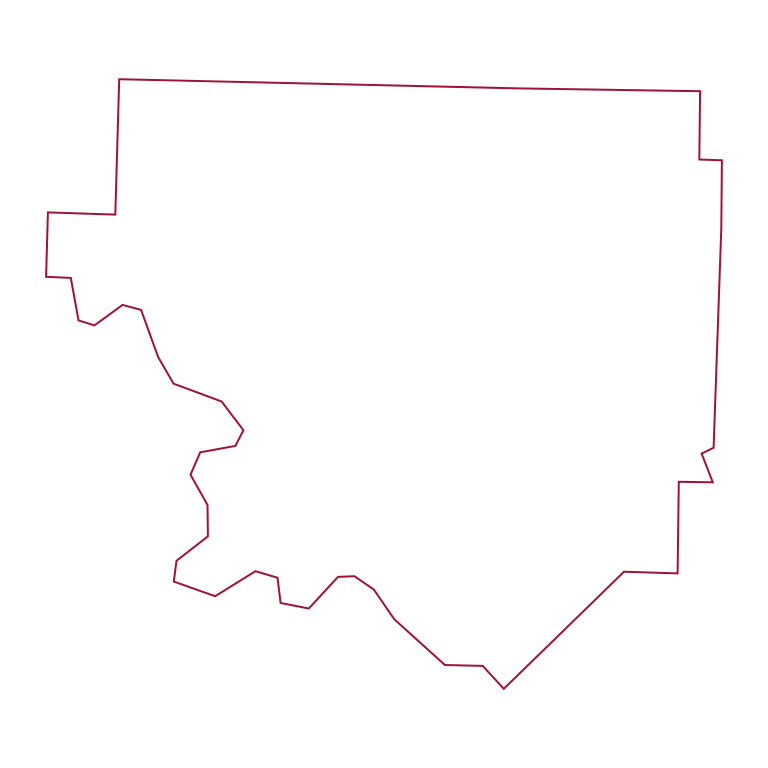 Izard, Arkansas, United States of America
{"feature_id": "52423323B90005102118407", "entity_name": "Izard", "entity_type": "district", "adm_level": 2, "iso_a3": "USA", "parent_name": "United States of America", "parent_adm1": "Arkansas", "projection": "albers", "projection_center": [-91.982, 36.064], "detail": "fine", "context": "isolated", "style": "outline", "palette": "rose", "viewbox_px": 768, "rotation_deg": 0, "n_neighbors": 0, "source": "geoboundaries", "source_scale": "gbopen_adm2", "svg_char_len": 646}
<svg xmlns="http://www.w3.org/2000/svg" viewBox="0 0 768 768"><path d="M119.2,79.2L115.3,214.6L47.9,212.4L46.1,276.8L70.8,277.9L78.5,320.4L94.4,325.4L122.5,304.9L141.1,309.9L158.1,357.0L173.6,383.7L221.6,401.5L243.4,430.2L235.4,445.9L200.2,452.3L190.5,474.7L207.5,504.9L207.9,536.3L176.5,560.8L173.8,581.6L215.1,596.2L255.5,571.2L277.5,577.7L280.6,603.0L308.8,608.5L338.0,576.9L354.4,576.2L373.8,589.5L394.3,619.3L444.9,665.0L482.7,665.9L503.8,688.8L624.0,571.7L677.6,573.4L678.8,481.8L712.8,482.3L701.6,453.6L713.6,447.7L721.3,228.1L721.9,160.3L699.3,159.5L700.1,91.2L519.1,88.4L119.2,79.2Z" fill="none" stroke="#9f1239" stroke-width="2"/></svg>